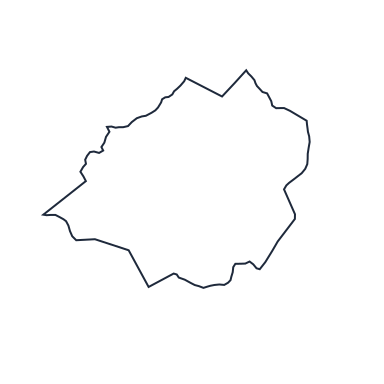 the district of Gurinhém, Paraíba, Brazil, rotated 235°
{"feature_id": "56859067B95891869193757", "entity_name": "Gurinhém", "entity_type": "district", "adm_level": 2, "iso_a3": "BRA", "parent_name": "Brazil", "parent_adm1": "Paraíba", "projection": "natural_earth1", "projection_center": [-35.429, -7.144], "detail": "fine", "context": "isolated", "style": "outline", "palette": "slate", "viewbox_px": 384, "rotation_deg": 235, "n_neighbors": 0, "source": "geoboundaries", "source_scale": "gbopen_adm2", "svg_char_len": 1549}
<svg xmlns="http://www.w3.org/2000/svg" viewBox="0 0 384 384"><g transform="rotate(235 192 192)"><path d="M97.4,165.1L97.0,169.5L97.7,173.0L100.1,175.7L102.9,179.3L106.8,182.7L108.3,186.3L105.4,190.6L102.8,194.6L102.0,199.3L97.6,200.7L92.5,201.1L89.9,203.2L92.5,211.8L97.8,224.1L102.3,233.8L110.9,260.8L114.7,263.6L141.4,268.9L143.3,273.1L143.8,276.7L144.0,282.6L144.5,292.7L146.0,298.0L148.7,302.4L152.6,305.6L156.9,308.7L161.5,313.1L165.5,317.1L170.4,319.9L174.8,321.5L177.6,323.0L181.3,324.9L184.6,326.8L202.3,318.8L207.9,315.6L210.2,312.3L212.4,309.0L216.8,307.3L220.9,309.0L224.1,309.4L229.7,310.1L233.5,307.1L238.2,306.5L241.6,306.0L244.7,306.4L247.8,307.3L252.6,306.9L256.9,306.1L260.6,306.2L256.8,289.5L253.0,271.4L289.1,252.4L287.2,249.1L285.8,243.6L285.1,239.0L284.8,235.1L283.2,231.8L283.3,227.3L284.9,224.4L285.1,220.7L283.1,218.1L280.7,212.6L279.9,208.8L280.1,204.3L280.9,197.9L282.7,194.2L284.1,189.1L283.8,182.7L282.7,177.4L284.6,172.7L287.0,169.3L288.5,166.3L291.8,163.6L294.1,159.7L288.7,158.9L286.5,153.2L282.7,148.5L280.8,143.6L276.9,143.0L277.3,138.3L281.4,134.9L283.2,131.3L281.8,126.8L279.7,123.0L275.9,121.3L274.9,117.1L272.6,112.2L267.0,112.0L261.8,111.3L258.7,57.2L256.4,59.6L254.2,63.2L251.5,67.0L247.3,69.2L243.4,71.1L240.3,72.1L235.4,71.5L229.9,69.6L224.4,68.5L218.9,69.5L209.0,85.4L180.6,106.7L139.1,102.0L135.7,130.2L133.2,132.2L129.5,132.1L124.3,135.8L118.2,138.8L114.2,140.9L111.0,143.6L106.9,146.4L105.7,150.2L104.6,153.4L103.0,157.0L100.6,161.3L97.4,165.1Z" fill="none" stroke="#1e293b" stroke-width="2"/></g></svg>